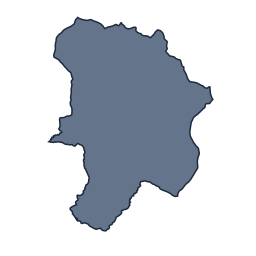 Pijao, Quindío, Colombia, rotated 276°
{"feature_id": "7082276B22277763183107", "entity_name": "Pijao", "entity_type": "district", "adm_level": 2, "iso_a3": "COL", "parent_name": "Colombia", "parent_adm1": "Quindío", "projection": "orthographic", "projection_center": [-75.71, 4.302], "detail": "fine", "context": "isolated", "style": "filled", "palette": "slate", "viewbox_px": 256, "rotation_deg": 276, "n_neighbors": 0, "source": "geoboundaries", "source_scale": "gbopen_adm2", "svg_char_len": 5682}
<svg xmlns="http://www.w3.org/2000/svg" viewBox="0 0 256 256"><g transform="rotate(276 128 128)"><path d="M106.1,50.8L106.0,51.7L105.8,52.2L106.0,53.0L105.8,55.3L106.5,56.5L106.3,57.5L106.7,58.8L107.1,61.1L106.6,62.7L107.0,63.6L106.0,65.6L105.4,67.2L105.2,68.8L105.5,69.9L105.1,71.5L105.6,74.0L104.6,75.9L104.5,76.9L104.5,77.3L106.2,78.5L107.0,79.3L107.3,80.1L106.4,81.9L106.2,83.5L104.9,85.2L103.7,86.0L101.5,86.7L100.6,87.3L99.6,87.6L98.6,87.6L96.8,86.8L96.3,86.9L95.6,87.4L94.0,87.5L92.8,87.8L92.2,87.7L91.8,87.1L91.6,87.0L90.2,87.5L89.6,87.5L89.0,87.9L85.9,88.2L84.8,88.9L84.0,88.9L83.5,89.1L82.8,90.0L82.2,90.4L81.7,90.7L81.0,90.8L80.7,91.3L80.0,91.5L79.2,92.3L78.4,92.4L77.9,92.8L74.5,94.7L74.0,94.8L72.8,94.3L70.7,94.5L68.4,93.9L67.9,93.5L67.2,92.4L66.6,92.1L65.1,91.9L64.1,91.4L62.5,91.5L61.8,91.2L61.1,90.4L60.3,90.1L59.3,90.5L58.5,90.1L57.9,90.2L57.6,89.9L57.3,89.2L56.3,88.4L56.1,88.0L55.6,86.5L55.9,85.9L56.0,85.1L55.9,84.8L55.2,84.4L52.9,85.0L52.6,85.8L52.3,85.9L51.3,85.7L49.3,83.9L48.6,83.7L47.7,83.9L46.2,84.8L45.4,83.0L44.0,80.8L42.9,79.3L42.1,78.8L41.2,79.0L40.6,79.4L39.6,80.7L38.7,81.5L38.2,81.7L36.9,81.7L35.6,83.1L32.3,85.8L32.5,85.8L32.9,86.4L32.6,87.0L32.1,86.7L31.3,87.4L30.8,87.4L32.0,86.2L31.6,86.4L30.9,86.9L30.5,87.9L30.5,88.9L30.4,89.7L30.1,90.5L29.6,90.9L28.4,91.4L28.2,92.1L29.2,94.6L28.5,97.5L28.1,98.5L27.4,99.1L26.6,100.0L26.3,100.6L24.7,104.4L24.0,106.3L23.9,107.1L24.6,108.2L24.9,109.2L24.9,109.7L25.4,111.1L25.3,111.4L24.2,112.3L23.7,113.0L23.5,113.5L23.3,115.7L23.4,116.6L24.0,117.3L24.8,117.7L25.8,119.4L26.1,119.7L26.9,119.9L28.3,119.6L29.0,119.7L29.4,120.1L30.2,121.9L30.6,122.2L32.1,122.5L33.0,123.9L35.3,125.1L37.6,125.5L38.4,126.0L39.9,128.2L41.8,130.0L43.0,130.6L44.4,130.2L45.1,130.2L45.5,131.3L46.4,132.5L47.2,134.9L47.5,135.4L48.9,136.8L50.4,137.1L51.4,137.9L53.5,137.2L54.4,138.2L55.7,137.1L56.3,137.1L56.9,137.7L57.6,137.4L58.1,137.4L58.4,138.3L59.0,138.6L60.1,138.8L60.7,139.1L61.0,139.6L61.1,140.7L62.1,140.6L63.5,141.1L63.7,142.3L64.4,142.6L65.1,143.5L65.5,143.5L66.4,143.2L67.0,143.9L67.8,144.2L68.8,143.9L69.2,143.9L70.9,145.9L71.9,146.4L72.5,146.5L73.1,145.7L73.5,145.6L75.8,146.2L76.0,146.5L76.2,147.3L76.6,147.8L76.6,148.6L77.1,150.0L77.2,150.7L76.6,152.8L76.7,154.8L76.3,156.2L75.8,156.6L75.6,157.3L74.9,158.3L74.5,160.4L73.7,161.5L72.8,164.8L71.0,166.2L70.6,166.9L69.9,168.6L69.5,170.5L69.2,171.2L69.1,172.2L68.8,172.8L68.6,173.7L67.1,177.4L66.1,178.5L66.0,179.1L65.1,180.8L64.9,181.5L64.9,182.4L65.3,183.7L65.3,184.4L67.3,184.4L69.5,185.0L70.8,185.6L72.6,187.8L73.2,188.3L77.9,191.2L80.7,193.9L83.5,195.8L95.5,201.5L97.3,201.3L101.8,200.4L105.4,200.6L107.4,200.9L108.5,201.4L110.6,201.5L114.4,200.3L114.8,200.3L116.5,198.8L116.7,198.0L118.2,196.9L120.6,194.6L125.8,191.2L126.6,190.8L129.1,190.1L130.7,189.9L134.8,190.0L140.0,190.3L144.6,191.8L146.0,192.6L148.8,195.6L151.4,197.9L152.1,198.2L152.8,199.0L153.4,199.4L153.6,199.7L154.9,200.5L155.9,201.9L156.7,202.3L158.6,202.5L159.9,202.7L160.2,203.1L160.4,203.5L160.8,206.3L161.1,206.7L163.0,207.8L164.6,208.8L165.2,209.4L166.3,208.5L170.2,206.6L174.0,205.7L177.4,205.2L177.5,204.7L177.1,203.9L175.9,202.7L175.8,201.9L175.9,201.0L176.5,199.6L177.1,198.9L177.8,197.8L178.4,195.3L178.9,194.7L179.2,193.5L179.6,193.0L179.9,192.4L179.9,191.9L180.3,190.1L180.4,188.5L180.5,184.9L181.8,183.3L183.3,182.2L184.7,181.6L185.4,181.1L186.9,180.6L189.4,179.0L191.4,177.5L194.4,177.1L194.8,176.5L195.2,175.6L195.7,175.2L200.8,173.1L201.3,172.2L201.3,171.1L202.1,168.2L203.2,167.0L203.5,166.5L204.1,162.1L204.2,161.7L206.2,159.7L206.8,158.8L207.7,158.0L208.5,157.6L211.0,158.8L212.7,158.0L214.6,157.7L217.1,158.0L217.9,157.9L218.4,157.6L219.9,155.3L220.6,154.7L222.5,154.3L224.1,153.7L226.4,152.4L227.8,150.6L228.2,149.9L228.7,147.4L228.6,147.1L226.2,145.1L223.7,143.9L220.4,141.1L220.3,140.7L220.3,140.2L221.0,139.1L221.5,137.8L221.4,134.6L221.6,132.8L221.8,132.3L223.1,131.1L223.4,129.2L224.0,127.5L224.5,126.9L225.6,125.7L225.9,125.5L228.2,125.6L228.6,125.4L229.0,124.6L228.9,123.9L228.7,122.9L227.4,120.5L226.7,118.6L226.8,116.8L227.0,116.0L227.7,114.8L229.5,113.2L230.6,111.4L231.3,110.8L231.9,110.5L232.0,110.3L231.5,109.7L229.9,109.0L229.2,108.4L228.9,108.1L228.7,107.6L228.8,107.3L229.7,105.7L229.6,104.9L227.9,102.1L225.9,96.7L225.1,95.6L224.5,94.9L224.5,94.5L224.7,94.2L226.9,92.3L228.6,90.1L229.6,87.7L230.1,86.1L230.9,82.5L231.9,80.0L231.8,79.0L231.2,77.6L230.7,75.9L231.0,71.8L231.7,68.5L232.4,66.8L232.7,66.5L230.3,64.7L229.6,64.4L227.1,63.9L226.3,63.7L225.4,63.2L223.4,60.8L222.8,60.3L222.4,59.3L220.7,56.5L219.0,54.2L217.4,52.9L215.9,52.0L213.9,49.7L210.7,47.6L209.1,47.3L207.0,47.4L205.2,47.1L202.6,47.0L199.7,47.5L198.6,47.5L197.4,47.4L193.3,46.6L192.2,46.6L190.8,47.0L188.7,51.8L186.3,54.3L185.1,56.0L182.6,58.4L179.2,62.2L178.1,63.6L177.3,65.2L176.3,65.7L172.9,66.9L171.7,67.7L170.8,68.0L168.9,66.8L168.2,66.8L167.4,66.9L165.7,67.6L165.1,67.7L163.9,67.7L160.9,67.4L157.1,67.9L155.9,67.9L153.4,67.7L151.9,67.8L149.6,68.5L149.2,68.5L147.8,67.9L147.0,67.9L144.7,68.4L143.0,69.5L141.7,70.1L139.5,70.5L135.5,70.7L135.1,70.4L134.1,68.9L133.8,68.2L133.6,66.6L133.3,65.8L132.3,64.4L131.5,62.4L131.2,59.8L131.0,59.4L130.5,59.2L129.2,59.0L126.8,59.6L125.7,59.7L124.3,60.1L122.3,60.1L121.5,60.0L120.1,59.3L119.5,59.4L118.2,60.8L118.0,61.4L117.1,62.5L116.9,62.6L116.6,62.6L116.4,62.4L115.8,60.8L114.2,60.2L113.8,59.8L113.8,59.5L114.1,58.8L113.6,58.4L113.4,58.0L113.5,56.7L112.6,56.0L112.9,55.5L112.9,55.3L112.2,54.7L111.7,54.6L111.2,55.0L110.9,54.9L110.8,54.6L110.9,54.3L110.7,53.9L110.7,53.3L110.2,53.5L109.7,53.0L109.1,53.2L108.6,53.1L108.4,52.8L108.7,52.8L108.8,52.6L108.7,52.3L107.7,52.1L106.8,51.6L106.1,50.8Z" fill="#64748b" stroke="#1e293b" stroke-width="1.5"/></g></svg>